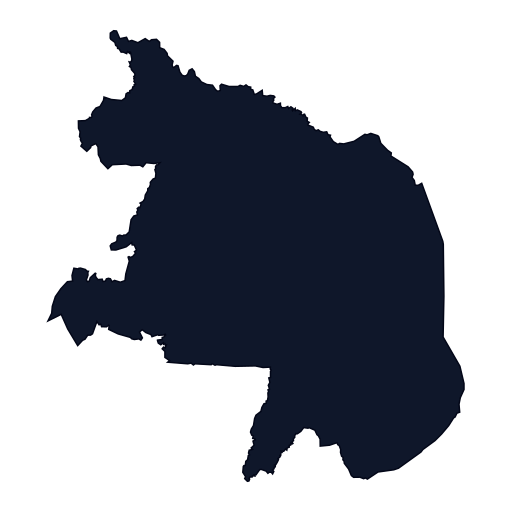 outline of Xuan Loc, Đồng Nai, Vietnam
{"feature_id": "81297802B96051805348654", "entity_name": "Xuan Loc", "entity_type": "district", "adm_level": 2, "iso_a3": "VNM", "parent_name": "Vietnam", "parent_adm1": "Đồng Nai", "projection": "robinson", "projection_center": [107.38, 10.927], "detail": "fine", "context": "isolated", "style": "filled", "palette": "ink", "viewbox_px": 512, "rotation_deg": 0, "n_neighbors": 0, "source": "geoboundaries", "source_scale": "gbopen_adm2", "svg_char_len": 5971}
<svg xmlns="http://www.w3.org/2000/svg" viewBox="0 0 512 512"><path d="M247.4,481.3L248.9,481.0L249.6,479.2L249.1,478.4L250.2,476.9L252.1,477.0L252.4,475.8L254.8,476.0L254.2,474.8L255.9,474.9L259.7,469.6L261.3,469.4L266.1,471.1L267.9,473.3L269.2,472.2L271.3,472.3L272.6,473.9L273.8,471.5L272.6,469.9L274.0,468.8L274.3,467.1L275.2,466.9L275.4,465.7L274.6,465.1L276.1,464.2L277.4,461.9L278.5,459.6L278.0,458.5L279.6,457.4L280.3,456.1L280.0,455.4L280.7,455.4L281.0,452.2L281.9,452.3L281.1,451.0L283.7,451.3L285.5,449.1L286.8,450.1L287.2,447.9L289.2,447.2L289.2,445.4L290.7,445.0L291.0,443.2L292.0,444.0L292.9,443.5L291.9,441.9L293.5,440.7L293.3,439.0L294.8,437.2L294.6,435.3L295.6,434.6L295.8,433.5L297.3,433.8L300.8,431.4L303.7,427.6L308.1,428.2L309.0,427.6L314.9,430.2L317.0,434.7L318.3,435.7L320.1,439.1L320.2,446.1L329.6,445.2L336.9,442.7L337.8,444.7L339.2,445.5L340.7,449.6L340.5,452.3L341.6,456.2L343.1,457.4L342.9,459.8L344.1,461.2L344.3,463.3L348.6,469.0L351.4,475.6L353.6,477.3L359.9,477.2L363.7,478.7L365.3,477.9L367.4,479.1L378.0,472.0L393.8,469.8L398.5,468.2L421.0,452.0L422.9,449.5L435.0,440.6L441.6,434.0L448.7,425.6L453.6,417.9L455.1,417.0L456.9,413.2L459.7,412.2L459.0,404.2L460.3,397.7L464.0,389.5L464.0,383.5L459.9,366.2L443.1,337.0L443.9,296.3L443.3,244.3L442.8,241.3L421.7,183.3L418.2,185.3L415.2,185.2L414.3,180.5L412.0,177.4L413.1,174.3L412.6,172.0L408.1,166.8L390.9,156.0L391.3,152.9L387.6,150.3L380.8,143.3L378.8,136.8L377.8,135.7L370.8,133.4L367.1,134.8L364.9,134.3L354.1,141.3L343.7,143.9L339.6,143.4L337.9,144.4L333.3,141.6L330.0,136.9L330.5,135.2L328.0,134.7L326.7,131.8L323.3,132.3L320.0,131.3L318.3,129.8L316.0,130.7L314.2,129.3L313.3,127.2L308.1,125.1L308.0,123.9L309.3,122.4L307.2,121.3L307.4,118.0L305.9,117.2L304.6,114.2L303.8,114.3L303.0,115.9L301.7,114.3L300.0,114.1L301.5,112.5L301.0,111.6L297.3,109.9L295.4,110.7L295.2,108.4L292.6,110.8L292.2,110.0L293.0,108.3L290.9,106.8L288.6,108.5L287.8,106.5L285.2,107.7L281.8,107.7L280.5,105.6L280.4,103.2L277.0,104.3L273.0,102.9L272.8,101.8L273.8,100.2L273.4,98.6L274.9,97.1L273.8,95.9L270.2,95.4L267.0,96.2L262.7,95.6L262.2,90.3L256.6,93.9L254.3,94.5L252.8,89.9L250.7,89.3L250.7,87.1L248.2,86.7L246.0,84.9L243.8,86.4L240.1,85.3L238.0,86.5L229.1,86.5L221.5,84.2L220.0,85.7L220.3,90.5L217.7,91.3L215.6,89.7L212.5,85.2L206.8,84.5L201.3,81.9L198.8,78.5L195.4,76.2L194.4,71.6L192.1,68.8L189.2,70.3L187.7,74.1L186.3,75.6L184.4,76.0L182.2,75.3L179.9,72.1L178.0,65.7L176.5,65.4L173.9,67.5L172.7,66.9L172.1,65.0L173.0,61.2L167.5,55.8L167.1,53.3L164.1,49.4L159.7,47.7L159.6,42.3L156.5,39.3L151.6,39.7L149.2,41.4L145.2,38.6L137.9,42.7L131.8,40.4L128.5,41.4L126.5,37.3L119.8,38.7L116.5,31.0L113.7,30.7L110.3,33.1L110.2,38.0L110.8,39.3L114.9,42.4L115.7,45.4L117.4,46.5L117.6,48.4L119.0,48.7L121.1,52.1L123.2,52.1L126.7,53.6L127.4,51.5L129.4,53.1L129.5,51.8L130.5,52.2L131.9,59.1L131.4,61.3L130.2,62.2L129.2,61.9L130.4,65.0L129.4,66.5L131.0,67.4L131.5,69.7L134.5,73.1L135.1,75.2L133.8,76.5L134.7,77.6L133.8,78.2L134.4,80.5L133.9,81.3L135.6,84.1L134.1,84.8L134.5,86.1L132.9,86.8L132.1,89.6L129.8,90.7L129.6,93.0L128.1,92.5L126.1,93.8L125.4,97.8L121.8,100.5L111.3,99.5L105.1,97.4L105.1,98.1L104.0,97.2L103.5,100.4L100.0,106.5L96.0,108.0L92.7,112.0L91.6,114.8L92.1,116.1L91.5,117.5L89.5,117.4L89.4,118.3L85.4,120.6L78.4,120.9L78.5,128.3L80.1,131.8L79.5,136.6L80.7,138.1L80.4,139.6L81.2,141.6L82.5,143.0L80.9,146.1L86.8,151.3L90.6,147.6L91.0,145.9L95.8,143.6L98.0,146.8L98.4,154.8L100.3,158.5L100.9,161.3L107.9,168.7L112.3,164.7L126.1,164.0L131.3,165.5L140.0,165.2L142.8,166.8L146.1,162.7L153.8,163.5L160.0,162.7L158.0,164.8L156.5,164.9L155.5,166.7L155.7,168.5L154.9,169.6L155.9,173.4L155.4,178.1L153.1,179.0L150.3,182.3L150.4,184.7L149.3,187.6L147.8,188.6L147.7,190.9L145.3,195.0L144.7,199.0L143.0,201.5L140.0,203.1L141.1,204.2L140.0,207.5L138.7,207.2L137.2,208.6L137.9,210.1L136.8,212.0L137.5,214.9L133.8,216.0L131.1,219.7L129.2,231.9L126.0,235.0L123.7,235.1L122.4,236.0L119.8,235.1L118.0,235.7L117.1,237.2L117.0,240.6L115.8,242.1L111.7,243.8L110.2,245.9L111.3,249.9L115.9,250.0L126.2,246.8L131.7,242.5L132.1,244.9L134.3,245.0L136.2,249.4L136.4,250.3L134.5,251.6L135.6,253.2L132.6,256.6L130.3,257.4L129.0,256.6L128.1,257.1L129.3,261.1L125.8,273.9L125.0,280.6L120.3,282.2L114.5,280.4L112.1,281.8L110.4,278.8L108.4,278.3L106.4,278.9L105.4,281.1L102.9,281.5L102.2,279.2L97.9,279.6L96.0,277.3L95.3,275.2L95.8,273.5L95.2,273.2L90.3,277.7L89.2,281.2L87.5,281.7L86.3,280.0L88.0,275.1L87.8,272.6L88.4,271.3L86.9,271.1L85.4,269.5L80.5,268.1L78.8,268.3L78.5,269.0L73.9,268.2L72.0,275.5L72.6,281.1L67.4,281.7L60.9,288.7L55.4,296.6L52.3,306.3L51.7,313.3L48.0,320.9L61.2,314.3L67.7,328.9L77.7,345.6L82.6,340.3L85.0,339.2L87.7,335.2L90.6,335.1L92.5,333.8L96.9,321.5L99.1,324.8L100.7,324.1L101.6,326.7L106.5,326.8L108.5,325.2L109.2,325.6L108.7,329.4L118.1,333.9L130.4,337.4L131.7,338.8L134.3,339.5L138.9,338.9L140.9,340.1L142.4,337.9L139.5,332.0L142.2,329.7L145.9,332.6L151.0,334.6L152.0,336.7L157.7,334.7L158.6,335.3L163.4,335.0L165.2,334.2L165.6,335.0L163.7,337.1L162.2,337.4L162.2,339.5L157.5,340.1L157.5,340.6L158.3,343.1L160.8,344.8L163.5,342.7L163.7,344.3L165.0,343.7L165.4,345.5L166.3,345.1L165.2,347.9L163.5,347.1L162.2,348.8L164.9,351.4L164.9,357.4L169.6,360.6L167.7,362.2L187.8,363.8L191.1,363.1L193.4,365.0L195.0,363.8L211.2,364.7L212.1,363.7L215.0,365.2L216.6,364.7L235.2,366.3L255.3,365.9L263.0,367.5L270.4,367.1L270.2,369.0L271.2,370.2L270.5,371.4L270.5,377.5L268.8,377.9L269.9,382.4L268.3,385.3L269.5,389.0L268.0,389.8L268.6,391.8L267.9,392.9L268.1,397.0L267.4,400.6L266.1,401.1L266.3,403.3L264.0,403.7L261.9,407.4L260.9,411.4L256.0,415.2L254.6,418.5L253.5,425.5L251.3,429.1L250.5,432.1L251.8,435.2L253.3,435.9L252.7,438.4L255.1,438.9L255.4,439.7L253.0,441.1L254.1,445.2L251.2,447.9L252.5,449.4L249.2,450.2L248.5,453.1L249.5,454.8L248.3,455.5L247.6,459.7L245.8,461.3L245.3,465.4L243.9,465.6L243.3,466.5L242.8,472.3L245.6,476.7L244.7,478.6L247.4,481.3Z" fill="#0f172a" stroke="#020617" stroke-width="1.5"/></svg>